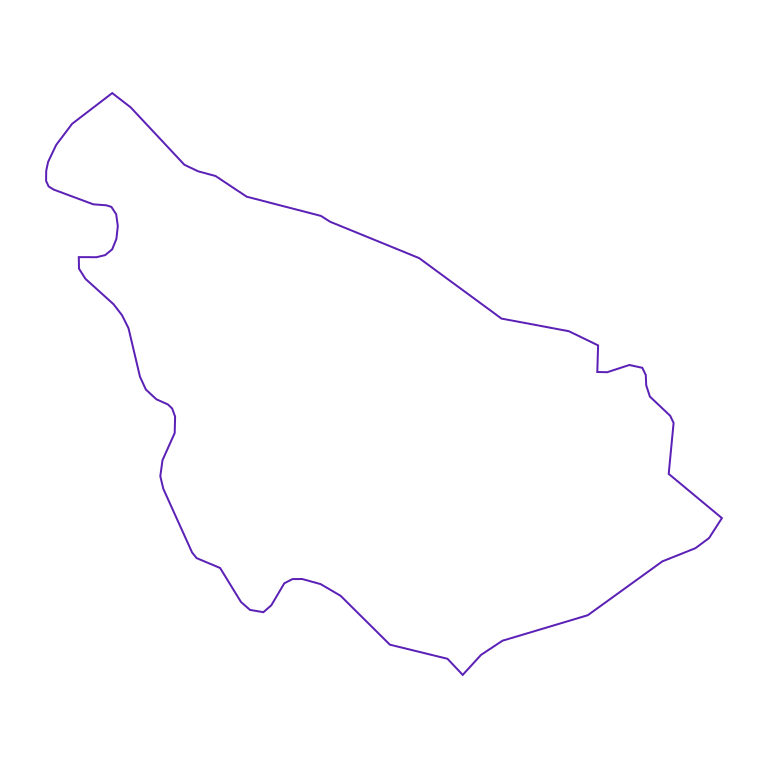 outline of Brindisi
{"feature_id": "ITA-5406", "entity_name": "Brindisi", "entity_type": "Province", "adm_level": 1, "iso_a3": "ITA", "parent_name": "Italy", "parent_adm1": "", "projection": "equal_earth", "projection_center": [17.605, 40.637], "detail": "fine", "context": "isolated", "style": "outline", "palette": "violet", "viewbox_px": 768, "rotation_deg": 0, "n_neighbors": 0, "source": "natural_earth", "source_scale": "10m", "svg_char_len": 1037}
<svg xmlns="http://www.w3.org/2000/svg" viewBox="0 0 768 768"><path d="M112.2,93.1L130.6,107.3L184.4,164.8L198.1,171.3L215.5,176.0L246.7,196.7L320.9,215.9L330.2,221.8L419.1,258.1L501.5,318.6L568.8,331.2L598.1,345.4L597.3,372.0L607.2,372.2L629.3,365.0L642.3,367.8L645.8,375.1L646.2,385.3L649.9,396.6L670.2,415.8L673.6,422.9L668.7,473.9L721.9,518.1L709.1,538.0L695.4,548.2L662.3,561.4L587.8,615.2L502.5,640.7L481.1,654.8L462.7,674.9L447.5,658.8L389.9,644.7L340.6,595.8L320.6,584.1L302.1,579.0L292.4,579.1L284.3,583.3L271.3,605.3L263.4,612.2L250.0,609.9L241.0,602.0L220.1,568.0L196.6,558.1L192.1,552.5L163.3,488.8L160.3,476.2L162.5,460.2L174.7,433.0L175.1,416.6L172.2,408.6L168.0,404.5L156.4,399.3L145.9,389.6L140.0,376.8L128.5,328.2L122.0,315.2L113.5,304.2L85.5,278.9L79.0,268.7L78.8,257.1L96.5,257.2L105.2,255.1L112.2,249.3L116.4,238.9L117.8,226.1L116.2,214.3L111.4,206.9L106.3,205.3L93.2,204.3L53.7,189.6L48.6,186.4L46.1,180.9L46.2,170.9L48.1,161.9L56.2,144.9L72.1,123.8L112.2,93.1Z" fill="none" stroke="#5b21b6" stroke-width="2"/></svg>